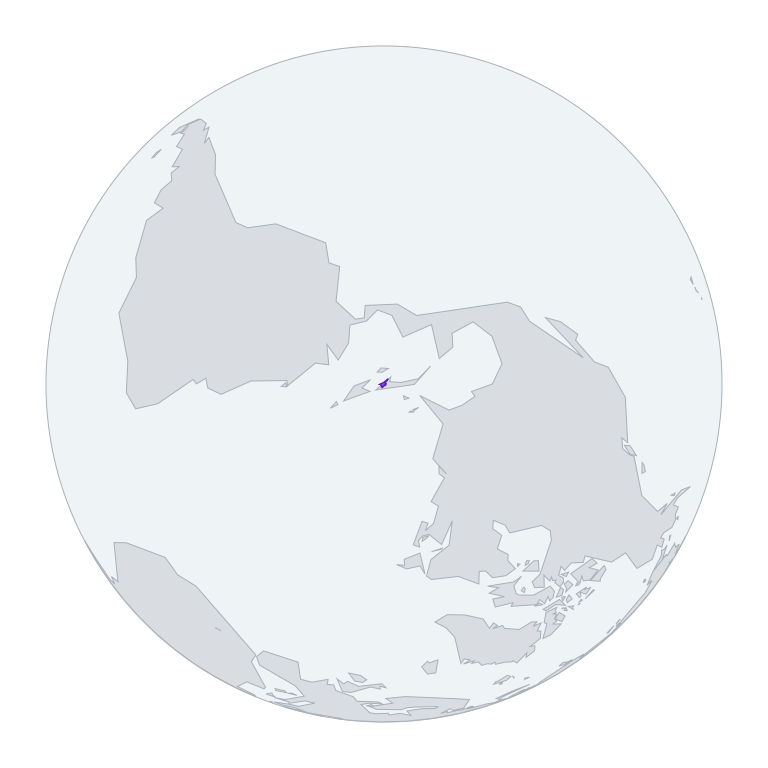 the Earth from above Santiago de Cuba, rotated 146°
{"feature_id": "CUB-1369", "entity_name": "Santiago de Cuba", "entity_type": "Province", "adm_level": 1, "iso_a3": "CUB", "parent_name": "Cuba", "parent_adm1": "", "projection": "orthographic", "projection_center": [-76.024, 20.226], "detail": "medium", "context": "on_globe", "style": "filled", "palette": "violet", "viewbox_px": 768, "rotation_deg": 146, "n_neighbors": 0, "source": "natural_earth", "source_scale": "10m", "svg_char_len": 10498}
<svg xmlns="http://www.w3.org/2000/svg" viewBox="0 0 768 768"><g transform="rotate(146 384 384)"><circle cx="384" cy="384" r="338" fill="#eef3f6" stroke="#a8b0b8"/><path d="M371.4,453.6L363.4,450.0L355.6,459.6L328.3,442.8L318.6,422.5L236.0,382.9L227.7,371.4L228.2,354.5L204.2,294.3L213.0,348.8L202.9,337.0L195.6,316.8L200.7,313.1L197.2,284.7L188.7,272.4L191.4,238.0L214.8,199.1L217.0,206.4L222.3,197.1L220.0,187.9L217.2,184.2L232.6,147.4L228.5,125.4L216.1,126.6L227.5,120.8L196.7,129.8L187.4,127.6L204.7,125.4L211.7,121.9L208.7,117.4L215.3,113.0L217.7,108.7L225.7,104.1L235.3,104.3L240.7,101.7L238.3,98.9L244.9,93.3L247.6,97.7L259.4,88.7L277.4,89.7L278.1,108.9L294.9,109.1L313.5,129.1L318.6,124.7L328.8,130.9L338.5,128.5L339.2,133.8L346.3,127.5L343.8,123.1L346.1,119.1L351.6,117.7L353.4,123.8L350.9,125.5L354.3,126.6L352.9,130.5L356.7,127.8L358.3,136.1L364.8,125.9L372.9,131.0L371.7,137.1L361.2,138.9L332.6,160.9L328.2,169.4L332.5,178.7L363.0,190.2L362.5,199.3L369.6,209.9L374.8,203.2L371.0,192.7L382.3,183.9L376.4,173.2L380.1,168.5L378.3,157.4L390.0,156.9L402.3,162.7L404.4,172.2L409.9,175.4L417.2,165.1L430.0,182.9L454.0,195.4L456.1,200.9L443.5,212.1L420.1,214.0L403.8,232.4L426.0,218.7L430.8,234.2L436.5,236.4L442.9,235.1L445.6,228.8L449.7,234.3L429.3,248.8L425.3,244.0L431.8,239.2L420.8,240.7L407.1,252.3L410.7,260.2L386.3,272.5L388.5,278.6L384.4,285.3L382.5,274.4L385.4,294.7L357.3,317.9L360.8,354.4L344.8,326.1L331.5,322.7L315.4,322.9L315.7,328.8L294.2,323.4L274.8,334.8L267.8,363.2L275.3,385.7L299.2,388.0L306.3,376.1L323.9,374.2L311.4,406.7L342.1,412.3L339.1,436.5L348.0,449.1L363.4,446.0L379.3,451.9L390.5,437.7L408.6,429.5L409.2,449.0L419.0,430.8L429.3,439.7L465.1,436.4L462.5,441.1L492.7,460.9L524.9,466.6L532.3,479.3L528.5,488.4L539.5,489.0L539.7,494.5L582.6,494.2L603.7,502.3L602.5,520.8L583.7,546.1L564.1,591.1L529.7,610.7L519.2,627.4L489.4,652.4L468.8,653.3L473.0,662.6L460.2,669.6L446.3,671.2L442.5,677.9L432.2,678.8L438.1,682.5L419.9,691.2L423.3,696.9L409.6,702.9L412.3,705.7L407.6,705.8L402.4,707.1L401.4,708.7L387.9,706.2L385.6,699.3L391.6,695.4L385.5,694.8L398.4,683.9L391.3,686.3L395.4,668.5L406.8,652.3L416.5,600.6L409.7,589.8L384.1,577.2L353.4,533.6L361.9,515.2L355.1,506.2L377.5,479.3L371.4,453.6ZM69.5,301.0L72.0,293.5L71.6,299.5L69.5,301.0ZM72.8,288.1L72.1,290.8L72.5,288.4L72.8,288.1ZM72.7,285.8L72.8,287.5L72.4,286.3L72.7,285.8ZM72.2,283.7L72.6,284.5L72.4,284.8L72.2,283.7ZM359.1,366.7L394.2,383.6L374.4,386.1L378.1,382.9L369.2,375.8L352.6,369.2L335.2,372.8L359.1,366.7ZM72.5,278.2L72.7,276.6L73.3,276.7L72.5,278.2ZM374.5,346.6L368.4,345.2L374.4,345.0L374.5,346.6ZM214.8,183.5L219.3,188.3L219.0,198.8L214.5,195.2L214.8,183.5ZM216.4,165.3L220.3,165.6L213.9,174.5L213.7,171.5L216.4,165.3ZM205.8,129.1L208.2,131.3L203.6,130.8L205.8,129.1ZM216.5,108.9L213.8,109.9L216.2,107.4L216.5,108.9ZM372.0,158.7L375.1,158.1L373.8,160.4L372.0,158.7ZM368.3,154.7L364.6,157.8L362.3,156.4L364.6,154.5L368.3,154.7ZM230.8,98.3L235.5,94.4L232.3,98.3L230.8,98.3ZM373.4,151.3L358.7,153.6L354.8,151.2L360.2,142.2L373.4,151.3ZM239.3,92.2L250.5,83.7L245.3,84.7L266.3,77.9L249.8,86.8L246.7,91.2L244.4,90.1L239.3,92.2ZM340.6,122.5L343.5,127.0L336.1,124.8L340.6,122.5ZM335.3,122.2L309.1,122.9L307.5,116.2L316.6,117.0L310.6,110.1L322.7,106.3L328.8,109.3L327.4,114.2L333.1,109.1L335.3,122.2ZM276.1,76.0L280.2,74.4L277.7,76.2L276.1,76.0ZM346.4,117.4L341.3,117.9L339.6,111.9L349.6,110.0L346.9,112.5L346.4,117.4ZM303.0,110.4L303.6,106.1L313.5,101.7L315.1,99.6L322.9,105.7L303.0,110.4ZM350.1,113.1L354.7,109.3L360.5,110.9L351.3,116.6L350.1,113.1ZM334.9,111.3L334.6,108.6L338.0,109.4L334.9,111.3ZM383.6,115.6L377.5,115.6L376.0,112.4L383.6,115.6ZM356.1,107.8L354.0,107.3L352.8,106.2L357.0,104.2L356.1,107.8ZM329.4,102.4L333.4,101.8L326.7,99.7L333.9,96.8L337.8,101.6L339.1,98.4L341.3,97.5L342.0,102.5L329.4,102.4ZM357.4,99.1L364.9,105.1L376.6,105.4L378.2,108.2L359.0,107.3L357.4,99.1ZM348.3,100.6L354.3,100.2L353.3,103.4L348.5,105.7L348.3,100.6ZM337.4,93.4L325.3,96.4L324.9,95.4L337.4,93.4ZM361.1,98.5L359.2,97.1L362.0,98.1L361.1,98.5ZM344.9,94.0L340.7,95.1L340.3,93.9L344.9,94.0ZM358.9,93.7L361.3,95.5L358.2,96.9L358.9,93.7ZM352.7,93.3L353.1,91.3L355.6,96.4L350.8,94.0L352.7,93.3ZM345.2,92.7L343.6,92.3L347.0,92.4L345.2,92.7ZM369.5,87.6L373.4,93.7L366.4,96.7L363.6,90.3L369.5,87.6ZM410.1,711.0L388.8,707.2L401.0,709.1L410.4,706.3L421.2,709.1L410.1,711.0ZM437.4,703.1L447.7,700.7L449.9,701.3L443.3,703.2L437.4,703.1ZM644.5,168.7L647.4,172.5L639.0,163.4L621.1,143.2L644.5,168.7ZM596.8,121.5L602.1,125.9L603.9,127.4L606.8,130.0L611.2,133.9L609.3,132.5L605.2,128.8L606.4,130.5L625.8,149.1L630.3,153.2L639.0,165.7L647.4,174.1L653.0,181.9L640.8,170.7L635.0,164.5L619.8,158.1L626.6,165.4L641.4,172.5L640.8,173.8L650.2,185.4L642.6,177.7L624.6,169.7L626.4,183.5L644.4,220.6L642.1,229.2L633.1,230.1L610.8,201.5L618.3,185.9L610.5,177.1L595.5,170.4L599.1,166.7L593.9,162.6L595.4,157.0L584.3,141.8L583.8,136.1L566.7,123.7L564.1,119.6L575.0,127.8L582.3,131.1L579.6,119.4L575.3,115.2L564.4,108.5L565.0,106.8L554.8,101.9L547.0,94.1L547.9,100.1L535.1,94.1L523.4,86.6L519.3,86.1L538.4,98.5L545.8,102.7L551.9,104.3L572.3,118.6L576.0,124.3L555.3,114.6L558.3,122.2L540.8,112.7L500.1,82.7L489.7,74.6L499.3,70.8L509.2,74.7L510.6,77.7L521.1,79.2L514.6,76.9L515.1,76.0L503.0,71.3L502.7,70.5L491.5,67.8L489.9,66.4L497.0,68.1L477.7,61.3L470.9,58.3L466.7,57.3L464.0,57.1L457.2,54.3L454.3,53.8L455.4,54.4L450.5,53.9L439.2,52.5L437.4,51.5L441.3,51.9L446.8,52.1L457.1,54.1L482.3,60.7L506.9,69.2L530.8,79.7L553.9,91.9L575.9,105.9L596.8,121.5ZM451.4,52.9L445.9,51.8L439.2,51.5L432.8,51.0L434.6,50.5L433.5,50.6L429.8,50.1L424.5,49.1L421.9,49.6L383.5,49.3L369.4,48.4L375.3,47.2L346.6,49.4L333.0,50.4L334.1,50.6L321.1,53.3L325.2,52.9L324.7,53.3L293.2,62.5L284.5,64.7L272.2,71.1L272.7,71.5L278.5,70.0L266.3,77.9L245.3,84.7L245.1,83.3L232.1,89.4L233.5,85.7L228.7,86.2L237.7,80.1L233.1,81.8L228.5,84.2L219.4,88.9L240.3,78.1L248.4,76.1L246.0,75.9L252.6,73.2L255.4,71.7L253.4,72.3L277.0,63.5L301.2,56.4L325.9,51.1L350.9,47.7L376.1,46.2L401.3,46.5L426.5,48.8L451.4,52.9ZM719.8,422.0L720.5,400.7L720.5,375.5L719.2,368.7L717.6,376.8L715.1,368.8L713.4,372.2L696.5,403.5L686.4,396.4L662.4,362.6L661.8,341.2L652.9,321.6L641.8,231.0L649.3,227.9L651.8,198.9L653.9,198.3L664.3,213.8L674.7,215.2L665.4,199.1L664.9,196.2L677.4,216.4L688.4,237.4L698.0,259.1L706.0,281.4L712.4,304.2L717.2,327.5L720.3,351.0L721.8,374.7L721.6,398.4L719.8,422.0ZM657.2,270.5L660.2,276.6L657.2,270.5ZM466.2,436.0L470.6,439.4L464.9,440.0L466.2,436.0ZM371.7,394.4L379.1,394.8L383.0,397.8L377.4,398.9L371.7,394.4ZM433.7,392.7L442.1,393.9L433.4,396.1L433.7,392.7ZM399.7,385.7L426.9,392.5L410.0,399.1L392.8,395.1L404.6,393.0L399.7,385.7ZM371.2,358.3L375.9,359.7L374.5,363.4L371.2,358.3ZM378.9,346.5L377.1,346.9L374.7,343.9L378.9,346.5ZM432.0,233.3L433.7,232.3L440.4,232.3L437.4,235.1L432.0,233.3ZM468.7,218.1L474.5,227.2L468.3,222.2L465.3,227.3L448.7,223.8L456.3,203.5L455.8,213.0L468.7,218.1ZM428.6,214.8L438.3,218.5L427.4,215.3L428.6,214.8ZM563.7,148.4L568.6,148.5L574.4,154.2L574.9,164.1L566.4,155.5L563.7,148.4ZM574.1,147.5L553.4,136.7L552.2,131.0L556.4,135.8L557.7,133.2L564.7,140.4L583.9,146.7L590.3,152.4L587.8,165.8L585.1,157.9L580.5,157.9L574.1,147.5ZM502.5,127.5L493.5,125.1L502.6,115.6L510.0,119.1L511.0,128.4L502.9,129.8L502.5,127.5ZM385.8,136.0L381.8,137.4L381.3,135.4L384.3,132.6L385.8,136.0ZM380.9,115.8L402.9,128.6L399.4,130.6L416.5,136.9L414.0,144.9L403.0,140.3L413.8,151.8L402.8,150.9L411.2,158.4L387.0,147.3L377.6,147.7L389.1,144.1L391.7,136.5L390.0,133.4L378.1,125.3L359.2,123.5L358.7,116.6L363.5,112.3L368.0,111.6L366.8,116.1L373.6,112.1L375.4,118.2L380.9,115.8ZM419.1,77.9L415.9,81.2L429.9,78.4L431.8,82.7L433.3,82.1L438.9,85.6L448.2,89.2L447.5,91.3L451.5,91.8L455.2,94.5L460.4,96.1L461.0,100.7L467.4,103.3L464.0,104.1L474.8,107.4L467.0,107.1L471.1,111.2L476.5,109.3L466.9,134.7L468.9,147.1L474.9,158.2L460.6,157.4L446.0,147.2L433.2,133.7L433.3,122.5L426.8,124.7L425.0,120.2L430.9,120.3L420.7,117.5L420.7,114.0L409.3,104.9L394.7,104.2L390.1,101.2L395.9,99.8L387.3,98.0L395.1,93.5L392.1,91.5L396.7,85.6L409.6,84.7L405.2,82.6L408.5,78.6L419.1,77.9ZM371.2,86.0L386.2,82.9L394.6,84.1L383.0,94.1L384.7,96.5L377.6,103.9L365.6,102.3L368.7,100.2L369.0,97.9L372.7,99.3L369.9,96.5L374.1,93.7L373.2,90.9L378.3,90.6L371.2,86.0ZM649.7,190.5L650.2,189.0L649.3,185.3L655.2,193.0L649.7,190.5ZM637.9,185.1L637.3,182.4L645.2,190.5L644.7,192.5L637.9,185.1ZM630.3,174.5L636.7,181.6L633.0,179.0L630.3,174.5ZM573.8,125.3L572.3,122.6L574.8,123.8L578.7,127.1L573.8,125.3ZM461.0,73.8L457.8,74.7L455.8,73.9L444.6,73.4L442.3,70.6L448.2,69.8L461.0,73.8ZM654.5,182.9L654.6,181.9L656.0,185.1L654.5,182.9ZM456.6,70.7L452.3,70.7L453.9,69.4L456.6,70.7ZM440.1,68.7L440.8,67.0L440.7,70.3L440.1,68.7ZM431.0,53.5L449.2,56.6L460.7,58.4L464.9,58.1L466.8,60.5L449.0,57.6L431.0,53.5ZM389.6,49.6L386.1,50.8L382.4,50.2L382.7,49.8L389.6,49.6ZM391.1,50.4L396.6,52.3L391.2,53.0L388.0,51.3L391.1,50.4ZM427.3,59.6L432.8,60.5L431.4,61.4L427.3,59.6ZM278.4,74.1L280.0,74.3L276.3,75.2L278.4,74.1ZM327.3,53.1L326.0,53.9L321.8,54.4L327.3,53.1ZM320.2,56.6L326.0,55.3L320.6,57.0L320.2,56.6ZM338.7,52.8L328.6,55.0L337.2,52.4L338.7,52.8Z" fill="#d9dde1" stroke="#a8b0b8" stroke-width="1"/><path d="M387.6,386.0L387.2,385.9L387.1,386.0L386.8,386.0L386.6,386.0L386.5,385.9L386.3,386.0L385.7,385.6L385.2,385.6L384.7,385.5L384.3,385.6L384.2,385.6L383.5,385.4L383.0,385.4L382.8,385.4L382.3,385.5L382.1,385.5L381.6,385.6L381.2,385.7L380.5,385.6L379.8,385.7L379.7,385.7L379.3,385.7L379.2,385.7L379.1,385.9L378.8,386.0L378.4,386.0L378.4,385.8L378.3,385.7L378.7,385.6L379.0,385.3L379.5,385.3L379.7,385.1L379.8,385.2L379.9,385.3L380.0,385.2L380.3,385.3L380.5,385.3L380.8,385.2L381.0,385.3L381.0,385.1L381.3,385.1L381.6,385.0L381.8,384.8L381.9,384.7L381.9,384.2L382.0,383.8L382.0,383.7L382.1,383.2L382.4,383.2L382.5,383.1L382.6,382.9L382.6,382.7L382.8,382.7L382.8,382.9L382.9,383.0L383.0,382.9L383.3,382.7L383.5,382.8L383.5,383.0L383.6,382.9L383.7,382.7L383.6,382.4L383.8,382.3L383.9,382.2L384.2,382.2L384.3,382.3L384.2,382.3L384.3,382.4L384.5,382.4L384.5,382.5L384.8,382.7L384.8,382.9L385.1,382.9L385.5,382.7L385.8,382.8L386.0,382.7L386.3,382.6L386.3,382.4L386.5,382.4L386.7,382.1L386.8,382.1L387.0,382.2L387.4,382.1L387.5,382.1L387.5,382.3L387.4,382.4L387.4,382.5L387.6,382.8L387.3,382.9L387.3,383.0L387.2,383.2L387.0,383.3L387.1,383.5L387.1,383.8L387.0,384.0L387.1,384.3L387.2,384.6L387.3,384.6L387.3,384.8L387.1,384.8L387.0,385.0L387.0,385.3L387.2,385.5L387.6,386.0Z" fill="#8b5cf6" stroke="#5b21b6" stroke-width="1.5"/></g></svg>